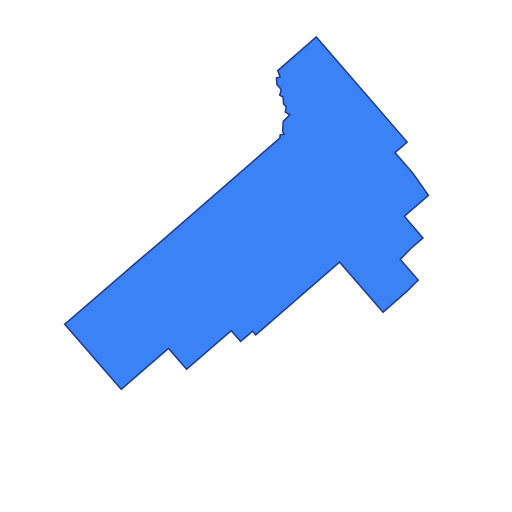 outline of Bingham, Idaho, United States of America, rotated 139°
{"feature_id": "52423323B26236891190043", "entity_name": "Bingham", "entity_type": "district", "adm_level": 2, "iso_a3": "USA", "parent_name": "United States of America", "parent_adm1": "Idaho", "projection": "robinson", "projection_center": [-112.557, 43.245], "detail": "fine", "context": "isolated", "style": "filled", "palette": "blue", "viewbox_px": 512, "rotation_deg": 139, "n_neighbors": 0, "source": "geoboundaries", "source_scale": "gbopen_adm2", "svg_char_len": 680}
<svg xmlns="http://www.w3.org/2000/svg" viewBox="0 0 512 512"><g transform="rotate(139 256 256)"><path d="M67.0,300.1L66.8,381.8L117.9,381.7L120.4,375.3L123.7,377.0L127.7,371.8L127.8,365.0L132.6,361.8L131.3,358.3L135.5,352.6L135.4,348.7L139.5,345.5L137.9,340.3L147.0,339.8L154.2,332.6L154.8,329.5L158.4,331.5L160.6,329.4L318.9,329.3L349.8,329.7L445.2,330.0L445.2,243.8L382.7,243.7L382.7,216.1L349.8,216.0L323.7,215.9L323.7,201.6L307.9,201.5L307.9,196.6L197.0,196.6L197.0,130.2L165.3,130.3L149.9,131.4L149.4,131.4L149.4,158.8L133.6,160.1L118.2,160.1L118.0,188.7L86.1,188.6L83.3,215.6L83.3,242.8L67.2,242.8L67.0,300.1Z" fill="#3b82f6" stroke="#1e3a8a" stroke-width="1.5"/></g></svg>